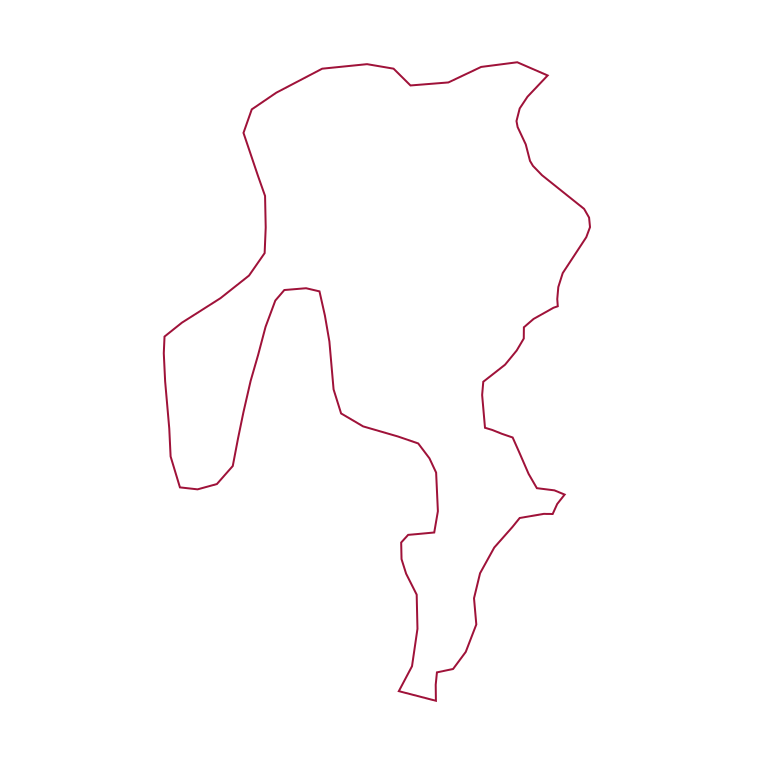 map outline of Doboj (Robinson projection), rotated 85°
{"feature_id": "BIH-4801", "entity_name": "Doboj", "entity_type": "state/province", "adm_level": 1, "iso_a3": "BIH", "parent_name": "Bosnia and Herzegovina", "parent_adm1": "", "projection": "robinson", "projection_center": [18.222, 44.862], "detail": "fine", "context": "isolated", "style": "outline", "palette": "rose", "viewbox_px": 768, "rotation_deg": 85, "n_neighbors": 0, "source": "natural_earth", "source_scale": "10m", "svg_char_len": 1426}
<svg xmlns="http://www.w3.org/2000/svg" viewBox="0 0 768 768"><g transform="rotate(85 384 384)"><path d="M90.9,194.1L110.3,216.0L121.3,224.8L133.6,229.1L139.7,228.5L157.7,221.9L174.5,219.1L179.7,216.6L189.8,208.4L227.0,169.4L236.1,165.2L245.7,165.1L255.4,169.7L289.1,196.3L302.6,201.9L314.5,204.0L321.7,204.1L321.8,204.4L322.8,208.5L332.2,229.3L339.7,239.7L350.9,240.8L362.2,248.9L375.3,261.7L390.4,284.9L403.5,287.2L423.2,287.2L436.4,287.2L439.2,280.2L443.9,270.9L448.5,260.5L465.4,254.7L486.1,247.8L501.1,240.8L504.8,223.5L509.9,213.7L518.6,221.9L528.2,227.3L527.3,236.2L529.3,260.5L537.7,268.6L556.5,288.4L580.9,304.8L605.3,313.0L631.6,313.0L658.0,325.9L673.9,340.0L675.9,356.4L688.1,358.7L704.1,359.9L691.3,396.0L667.6,380.7L630.8,372.0L596.7,369.8L574.9,378.5L560.0,381.8L543.4,380.7L536.4,373.1L536.4,364.3L536.3,346.9L515.4,341.4L476.8,339.8L462.0,345.2L446.2,355.1L437.5,374.7L424.4,408.5L409.6,429.3L385.0,434.7L336.9,434.7L310.7,436.9L286.1,440.2L281.8,453.3L281.7,475.1L291.4,485.0L316.7,497.0L343.9,506.8L369.3,516.6L399.9,526.5L425.3,534.1L452.5,541.8L469.1,559.2L472.7,578.9L469.2,596.3L437.6,602.9L409.6,601.8L362.3,601.8L334.2,600.7L317.6,598.5L305.3,580.0L284.3,539.5L264.2,509.0L243.2,491.5L217.8,488.2L186.3,486.1L165.3,491.5L121.6,502.1L98.9,491.8L84.4,465.9L64.5,418.1L63.9,373.0L70.7,347.0L88.9,331.6L89.2,293.6L76.6,259.6L75.1,223.2L90.9,194.1Z" fill="none" stroke="#9f1239" stroke-width="2"/></g></svg>